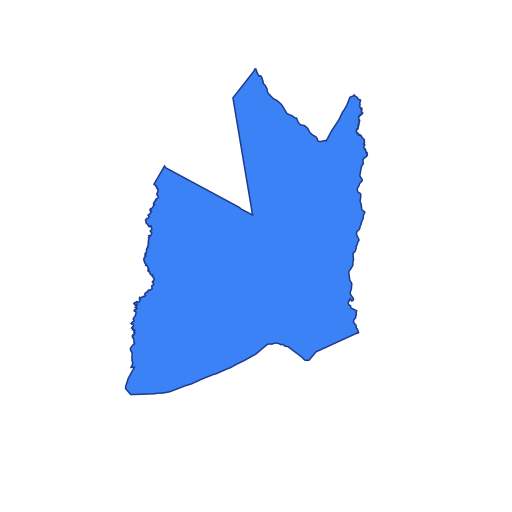 Sioma, Western, Zambia, rotated 40°
{"feature_id": "96606910B11966717412590", "entity_name": "Sioma", "entity_type": "district", "adm_level": 2, "iso_a3": "ZMB", "parent_name": "Zambia", "parent_adm1": "Western", "projection": "natural_earth1", "projection_center": [23.042, -16.752], "detail": "fine", "context": "isolated", "style": "filled", "palette": "blue", "viewbox_px": 512, "rotation_deg": 40, "n_neighbors": 0, "source": "geoboundaries", "source_scale": "gbopen_adm2", "svg_char_len": 6091}
<svg xmlns="http://www.w3.org/2000/svg" viewBox="0 0 512 512"><g transform="rotate(40 256 256)"><path d="M227.7,69.5L227.8,70.5L225.9,74.1L228.5,81.6L229.6,87.2L229.8,90.1L232.0,98.7L233.4,111.2L235.8,122.6L234.6,123.2L231.8,126.9L230.1,128.1L229.3,128.0L227.4,126.7L225.5,126.2L221.3,126.9L217.8,126.8L213.6,125.0L209.5,124.9L205.8,126.9L204.0,126.8L201.9,126.2L198.4,124.3L197.2,125.2L193.9,125.3L188.3,127.0L180.0,124.1L177.1,123.5L172.5,123.4L168.0,124.3L161.1,123.6L158.3,122.4L157.4,121.1L153.7,119.5L150.7,119.2L149.4,117.9L145.5,115.4L143.6,115.0L142.8,116.2L140.0,115.3L135.5,112.8L134.9,113.7L135.5,115.2L135.6,116.7L136.7,149.7L227.0,226.8L214.4,229.6L211.9,229.5L130.0,246.5L128.1,245.9L131.7,266.6L132.4,266.7L133.6,266.4L134.4,266.6L134.7,267.0L135.5,266.7L136.1,267.8L137.8,267.7L139.6,269.9L139.9,272.1L141.0,272.4L141.4,273.1L142.8,273.2L143.5,274.2L143.5,275.2L142.8,276.7L142.9,277.3L143.6,277.6L143.3,278.7L143.6,279.0L143.4,279.2L143.6,279.9L143.4,280.5L143.9,281.0L144.1,281.4L143.8,281.6L144.1,282.1L144.6,282.5L145.0,281.7L145.5,282.1L145.3,283.2L145.6,286.6L145.5,287.1L144.9,287.3L144.8,288.2L145.8,289.4L146.5,288.7L147.4,289.1L147.3,290.3L147.7,291.1L147.6,292.3L147.0,293.5L147.3,294.3L148.7,294.6L149.1,295.4L148.6,297.4L148.1,297.6L148.4,299.7L149.5,300.0L150.3,301.3L153.3,301.6L154.3,301.8L154.4,302.2L154.9,302.4L155.4,302.1L156.1,300.4L156.8,300.6L156.7,301.3L157.8,301.5L159.2,302.7L158.8,304.6L159.1,305.0L159.8,305.3L160.4,304.8L161.5,305.5L162.4,308.3L161.2,308.6L160.8,309.4L162.0,309.9L161.8,310.8L162.3,310.9L162.7,312.0L163.2,312.2L164.7,314.9L165.1,314.8L165.3,315.5L165.9,315.6L166.0,316.7L166.8,317.4L167.0,318.9L167.7,319.0L167.5,320.5L168.0,321.0L167.9,321.4L169.4,323.2L170.2,324.8L170.2,325.3L169.5,325.2L169.7,326.0L170.4,326.3L170.7,326.9L171.4,326.5L171.7,326.7L171.3,328.8L171.9,329.4L171.9,330.2L172.2,330.9L173.3,331.3L173.6,331.9L174.3,331.7L175.0,332.7L176.6,333.2L177.3,332.9L177.6,334.1L178.9,333.4L180.6,334.2L180.9,334.6L181.7,334.6L181.7,335.1L182.4,335.2L182.4,335.9L182.7,335.7L183.1,336.1L182.8,336.7L183.0,336.9L183.9,336.9L184.4,336.4L184.7,336.9L185.6,337.1L186.3,337.8L186.9,337.6L187.9,337.9L188.8,336.9L189.6,338.3L190.6,338.0L191.1,338.4L191.3,338.2L192.0,339.0L192.8,339.0L193.1,339.3L193.5,341.0L193.2,341.3L193.2,342.2L193.4,342.5L193.9,342.2L194.4,342.9L195.2,342.8L196.1,344.4L195.5,345.0L195.3,345.9L197.5,347.9L197.2,348.5L197.1,350.1L196.4,350.3L195.5,351.4L195.6,352.4L196.1,352.8L196.1,353.2L195.4,353.9L195.0,356.1L195.7,357.1L196.7,357.1L196.8,358.5L195.7,359.2L195.7,359.7L194.5,361.7L194.3,362.9L193.6,362.8L194.2,363.8L195.0,363.5L195.7,364.9L195.5,365.2L195.9,365.7L195.9,366.6L195.4,367.8L194.7,368.2L194.4,367.4L194.0,367.4L193.9,368.6L193.2,369.3L192.9,370.8L195.0,371.3L195.2,370.1L196.2,369.9L196.7,370.9L196.6,371.6L197.0,372.1L196.5,372.8L197.6,372.8L198.0,372.4L198.5,372.8L198.4,373.3L198.7,373.7L197.6,374.8L197.7,376.1L198.4,376.5L199.6,375.9L200.5,376.5L201.1,377.3L201.2,378.3L202.0,379.1L202.0,381.6L202.5,383.3L204.1,383.7L204.4,384.2L203.9,385.3L203.6,387.9L204.4,387.6L204.8,388.0L205.5,387.3L206.2,387.2L207.4,388.7L206.8,389.5L207.3,390.2L206.9,390.8L207.1,391.2L208.0,390.6L208.6,390.9L208.8,391.8L209.6,391.3L210.2,391.7L210.5,390.7L211.3,391.0L211.6,393.0L211.9,393.1L212.3,392.6L212.7,392.7L212.6,394.1L213.2,394.7L213.2,395.5L212.4,395.6L212.6,396.7L212.3,397.2L212.6,397.0L213.4,397.5L214.3,397.2L215.0,398.3L216.0,398.4L217.3,399.4L217.6,400.4L219.1,400.8L219.5,401.3L218.9,402.5L219.0,406.6L219.4,407.9L221.0,409.1L222.2,409.3L224.0,410.4L225.5,412.7L228.1,415.7L230.6,417.3L231.9,421.7L234.3,419.3L236.8,431.9L240.1,439.9L241.3,441.4L249.1,442.7L266.9,426.7L269.4,423.7L272.9,420.7L277.2,415.4L284.9,401.4L288.6,395.8L293.2,386.0L298.9,375.2L301.5,371.2L306.2,361.4L308.1,358.2L310.8,351.1L313.8,344.6L318.9,331.3L321.6,315.9L325.0,313.1L326.5,310.4L330.1,308.2L331.9,308.0L333.7,306.3L336.1,306.5L338.6,304.9L356.0,304.0L360.2,304.4L362.1,303.3L363.6,301.7L363.6,290.9L383.4,249.1L383.6,249.4L383.9,248.8L381.3,247.2L379.8,246.6L378.8,246.6L377.5,245.0L376.8,244.7L373.3,244.1L372.1,242.3L371.9,241.3L372.1,239.7L370.8,237.3L370.7,236.4L369.9,236.1L368.3,233.3L361.9,234.8L360.5,233.4L358.2,233.7L356.7,232.6L356.4,232.3L356.3,230.2L355.8,229.9L355.5,228.5L356.3,228.4L358.3,229.0L358.9,227.7L358.6,226.6L357.7,225.9L352.8,224.6L351.3,222.8L350.4,220.2L347.4,215.9L346.3,215.1L343.6,214.4L337.9,209.2L337.0,207.8L336.9,205.0L336.1,200.7L333.9,198.0L333.0,195.8L331.8,195.1L328.5,191.4L329.0,189.5L328.7,188.0L327.9,185.9L326.7,184.5L326.4,182.9L325.0,179.7L324.8,177.8L324.2,177.2L319.3,175.0L317.9,173.3L317.7,171.4L318.0,169.4L317.8,168.3L316.7,166.4L315.9,163.7L314.7,161.5L313.9,158.1L312.9,157.1L312.0,155.3L311.3,152.7L310.7,152.3L308.3,152.6L307.0,152.3L303.3,148.8L300.4,147.1L299.0,144.5L296.7,141.5L295.8,141.1L293.2,141.5L291.1,140.4L289.9,138.2L289.7,135.8L288.9,134.4L288.8,132.1L289.1,130.5L288.9,130.0L288.2,129.2L287.2,128.8L284.1,128.0L279.8,120.7L279.0,118.3L278.9,116.3L276.2,113.8L275.8,111.7L276.6,109.2L276.6,107.3L276.0,106.7L275.6,106.8L275.0,105.5L274.3,105.3L273.5,106.0L271.8,104.1L270.7,103.9L270.6,104.2L270.0,103.8L269.7,104.2L268.6,103.4L268.1,102.5L268.0,101.0L267.3,100.7L266.5,101.1L266.3,99.3L265.1,98.7L264.2,97.2L261.2,97.1L259.7,96.3L259.3,96.7L258.4,96.4L257.5,96.9L257.3,96.3L256.5,96.8L256.6,97.5L255.0,96.3L254.7,96.3L254.5,96.9L253.9,96.9L252.8,95.9L252.4,96.0L252.4,95.1L251.5,94.0L252.2,93.7L252.4,92.9L251.4,91.2L251.1,91.4L250.7,91.0L250.8,90.4L250.2,90.3L250.4,89.2L249.7,89.2L249.3,88.8L249.7,88.3L249.6,87.8L249.3,87.2L248.4,86.6L248.6,86.1L248.3,85.5L247.6,85.2L247.6,84.9L247.4,85.4L247.2,85.1L246.4,85.0L245.8,83.8L245.0,83.3L245.4,83.0L245.1,82.3L245.4,81.8L245.1,81.6L245.6,81.4L245.8,80.7L245.2,79.9L246.0,78.8L246.0,78.5L245.2,78.3L245.3,78.0L245.7,78.2L245.5,77.7L244.1,77.8L243.4,76.4L242.3,76.4L242.3,75.9L242.6,76.0L242.6,75.1L242.3,74.8L240.8,75.2L239.3,74.9L238.4,73.1L237.1,72.1L236.6,70.6L235.7,69.3L233.5,70.2L231.6,69.5L229.4,69.8L227.7,69.5Z" fill="#3b82f6" stroke="#1e3a8a" stroke-width="1.5"/></g></svg>